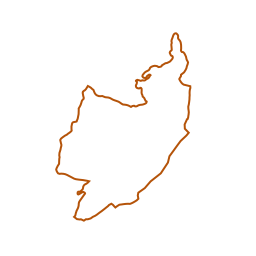 Krong Pinang, Yala, Thailand, rotated 226°
{"feature_id": "78962969B4997487485742", "entity_name": "Krong Pinang", "entity_type": "district", "adm_level": 2, "iso_a3": "THA", "parent_name": "Thailand", "parent_adm1": "Yala", "projection": "natural_earth1", "projection_center": [101.271, 6.392], "detail": "fine", "context": "isolated", "style": "outline", "palette": "amber", "viewbox_px": 256, "rotation_deg": 226, "n_neighbors": 0, "source": "geoboundaries", "source_scale": "gbopen_adm2", "svg_char_len": 5257}
<svg xmlns="http://www.w3.org/2000/svg" viewBox="0 0 256 256"><g transform="rotate(226 128 128)"><path d="M186.1,128.3L185.2,124.9L185.1,123.3L185.4,122.0L185.4,120.7L184.8,119.9L184.7,119.9L184.6,119.7L182.2,118.1L180.4,117.1L179.8,116.3L179.8,115.1L179.6,113.8L179.0,112.7L178.3,111.5L177.7,110.3L177.5,109.9L177.4,109.7L176.9,108.2L176.3,106.1L175.3,105.2L172.5,102.3L172.3,102.1L169.6,98.2L169.1,97.0L168.8,96.4L168.4,95.6L168.7,94.9L170.2,92.7L170.3,92.1L170.2,91.1L168.3,88.3L167.4,87.5L166.5,86.6L165.8,86.1L165.3,85.7L165.1,85.0L165.2,83.5L165.2,83.1L165.6,80.8L165.7,79.2L166.2,77.7L166.4,76.6L166.7,74.6L166.9,72.4L166.4,70.9L165.1,70.1L164.9,70.0L163.8,69.3L162.3,68.5L161.4,67.6L160.9,66.7L160.2,65.6L159.4,64.5L158.5,62.9L157.7,61.4L156.0,59.5L154.5,58.5L153.6,57.2L152.3,55.8L150.1,53.5L149.5,51.0L148.6,48.5L147.9,47.4L146.1,46.6L144.0,46.2L142.6,46.9L141.5,48.3L139.8,49.8L138.3,50.8L136.0,51.8L135.5,51.9L132.9,52.8L128.9,54.1L127.3,55.0L125.1,56.7L121.6,59.6L118.3,62.0L117.5,62.5L116.7,63.0L116.6,61.3L116.7,60.6L116.8,59.5L117.3,57.9L117.4,56.7L117.0,55.2L116.3,54.3L116.0,53.8L115.7,53.4L115.4,52.7L115.4,52.2L115.4,51.3L115.4,50.3L115.6,49.5L115.6,49.3L116.1,48.5L116.7,48.0L116.7,47.9L116.7,47.4L116.7,47.2L116.0,46.3L115.3,45.9L115.2,45.9L114.9,46.0L114.7,46.1L114.4,46.8L113.9,49.0L113.5,50.7L113.1,51.4L112.6,51.6L111.9,51.8L111.5,51.9L111.1,51.8L110.7,51.6L110.6,51.3L110.5,50.4L110.1,48.2L109.1,42.9L108.7,41.4L108.1,40.4L107.2,39.4L106.4,38.5L105.9,37.7L105.3,36.7L105.0,35.9L104.5,34.6L104.3,33.8L103.6,32.5L103.1,31.5L102.5,30.6L101.9,29.7L101.6,29.1L101.5,28.5L101.5,28.1L101.5,27.5L100.7,27.6L97.9,28.0L95.5,29.9L95.1,30.7L92.0,31.9L91.6,34.3L90.2,35.8L88.9,38.3L88.5,41.0L87.7,43.3L87.3,45.2L87.1,47.0L86.9,48.7L86.5,51.3L86.1,55.0L85.9,57.4L85.7,59.3L85.8,60.9L85.4,62.2L85.1,63.4L83.2,63.8L81.8,63.7L79.6,63.7L79.3,66.0L78.8,68.5L77.6,70.1L76.6,71.5L75.7,72.7L74.7,74.0L73.6,75.2L72.0,76.8L71.4,78.2L70.8,80.1L70.3,82.1L70.0,83.6L69.9,84.0L69.9,86.3L72.7,88.2L74.3,90.5L73.1,98.3L73.9,107.2L72.6,120.1L75.4,132.7L78.9,138.2L80.1,145.2L80.6,147.9L81.5,153.1L82.1,156.8L82.0,164.7L82.4,168.4L88.0,168.4L91.2,171.2L93.2,176.3L93.3,176.4L93.0,177.0L93.8,178.6L94.7,179.7L95.9,181.3L96.2,181.6L97.0,182.6L98.4,183.7L99.8,184.7L101.5,186.2L102.7,188.1L104.1,189.9L105.9,192.1L107.3,193.5L108.8,195.2L110.4,196.6L111.8,198.1L112.7,199.3L113.5,200.7L114.8,201.8L120.5,198.2L121.9,197.9L123.4,197.9L124.7,198.1L126.2,198.4L127.6,198.9L128.1,200.4L128.4,201.9L129.5,203.2L129.3,204.9L129.1,207.0L129.7,209.5L130.4,211.5L131.5,213.2L132.5,215.3L133.5,216.8L135.0,217.3L136.5,217.7L137.8,218.5L139.1,219.3L140.9,219.9L142.5,220.4L144.1,220.4L145.4,219.5L146.8,219.8L148.3,221.5L149.7,222.8L150.9,223.9L152.2,224.8L153.1,225.4L154.5,225.9L155.3,226.0L157.0,226.1L157.8,226.4L158.2,226.7L158.6,227.2L159.4,228.0L160.5,228.5L161.7,228.5L161.8,228.5L162.4,228.5L162.8,228.2L163.1,227.9L163.4,227.4L163.5,227.0L163.5,226.0L163.1,224.8L162.0,222.7L161.1,220.7L160.3,219.6L159.2,218.9L159.0,218.7L158.6,218.3L158.2,217.5L157.7,216.9L155.8,215.4L154.1,214.0L153.7,213.5L153.7,212.9L153.7,212.2L153.7,211.4L153.3,210.5L153.0,210.2L152.5,210.0L151.0,209.5L150.4,209.3L149.8,209.4L149.3,209.7L148.9,209.8L148.6,209.8L148.0,209.5L147.5,209.1L147.0,208.1L146.9,207.4L146.7,205.4L146.7,204.2L147.1,202.9L147.6,201.4L148.1,200.6L148.6,199.9L149.3,196.8L149.5,196.0L149.4,195.5L149.2,195.2L149.2,194.7L149.4,194.1L150.0,193.1L150.6,192.3L151.1,192.1L151.8,192.1L152.5,191.7L153.3,191.2L154.3,190.3L155.1,189.0L155.8,187.3L155.9,186.3L155.9,185.6L155.6,184.8L155.3,184.2L155.2,183.3L155.4,182.2L156.0,180.4L156.3,178.6L156.2,177.6L156.1,176.7L156.0,175.8L155.8,175.1L155.4,174.6L155.1,174.2L154.5,174.1L153.6,174.1L152.8,174.4L152.3,175.0L151.9,175.6L151.7,176.0L151.7,176.5L151.8,177.0L152.1,177.8L152.0,178.7L151.8,179.7L151.7,180.3L151.2,180.7L150.9,180.9L150.7,180.9L150.4,180.9L150.4,180.3L150.1,179.5L149.7,178.0L149.8,176.7L150.2,175.6L150.4,174.9L150.4,173.7L150.7,172.9L151.3,172.3L151.9,171.7L152.3,171.5L152.6,171.0L152.8,170.4L153.1,169.9L154.1,169.4L155.3,168.7L156.2,168.1L156.5,167.2L156.5,166.6L156.3,166.4L155.8,166.4L155.4,166.7L154.9,166.4L154.3,165.7L153.8,165.0L153.5,164.2L153.3,163.5L152.9,163.0L152.2,162.5L151.7,162.3L150.9,162.2L150.5,162.4L149.9,162.6L149.4,162.9L148.8,163.4L148.7,163.6L148.5,163.9L148.4,164.7L148.1,165.0L147.6,165.2L147.3,165.1L146.7,165.0L146.4,164.7L145.6,164.0L144.0,162.3L143.1,161.7L142.7,161.5L141.9,161.3L141.2,160.9L140.4,160.4L139.4,160.5L139.2,160.5L138.7,160.5L137.9,160.4L137.2,160.1L136.3,159.8L135.4,159.5L134.6,159.7L134.1,159.8L133.7,159.3L133.4,158.6L133.4,158.0L133.7,156.9L134.5,155.1L135.1,154.2L135.5,153.7L135.9,153.2L136.3,152.7L136.6,152.1L137.1,151.3L137.3,150.1L137.8,149.0L138.2,148.5L138.7,148.1L139.3,148.0L139.5,148.0L140.1,147.4L140.8,146.3L141.0,145.2L141.1,144.8L142.8,144.3L144.3,143.7L145.7,142.9L147.0,141.9L148.4,140.7L150.0,140.2L151.3,140.0L153.4,139.5L155.5,138.5L157.4,137.5L159.2,136.7L160.7,136.3L162.2,135.8L163.6,135.0L164.9,133.9L166.0,133.0L167.3,132.4L168.9,131.7L169.9,130.4L171.3,129.1L173.4,128.2L174.9,128.1L176.5,128.4L178.0,129.0L179.4,129.6L181.2,129.3L182.6,129.3L184.3,128.9L186.1,128.3Z" fill="none" stroke="#b45309" stroke-width="2"/></g></svg>